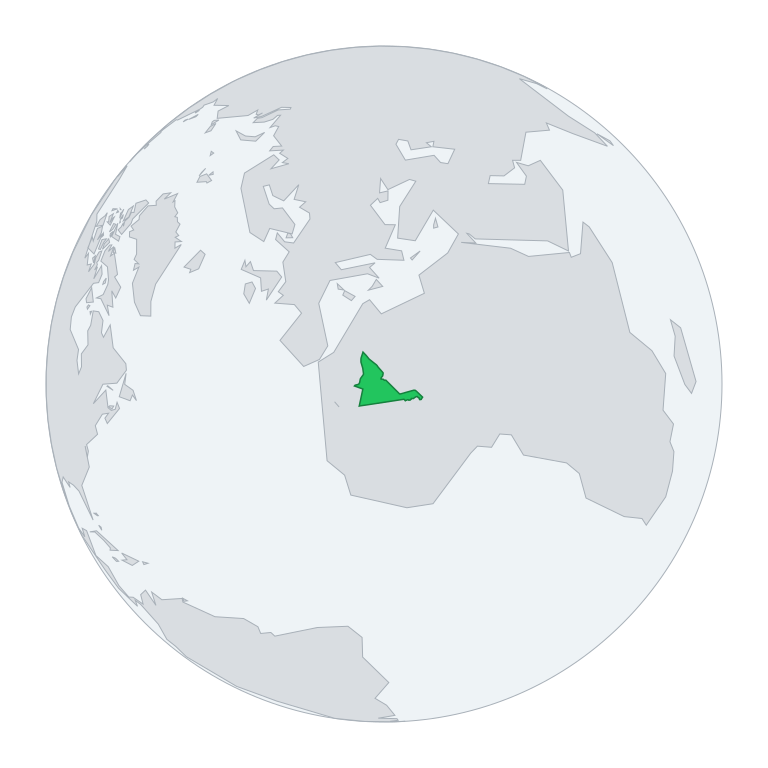 globe centered on Adrar, rotated 315°
{"feature_id": "DZA-2143", "entity_name": "Adrar", "entity_type": "Province", "adm_level": 1, "iso_a3": "DZA", "parent_name": "Algeria", "parent_adm1": "", "projection": "orthographic", "projection_center": [0.561, 25.317], "detail": "medium", "context": "on_globe", "style": "filled", "palette": "green", "viewbox_px": 768, "rotation_deg": 315, "n_neighbors": 0, "source": "natural_earth", "source_scale": "10m", "svg_char_len": 10653}
<svg xmlns="http://www.w3.org/2000/svg" viewBox="0 0 768 768"><g transform="rotate(315 384 384)"><circle cx="384" cy="384" r="338" fill="#eef3f6" stroke="#a8b0b8"/><path d="M232.7,81.9L257.0,71.0L296.1,57.7L296.4,57.6L337.5,49.3L336.2,49.5L337.9,49.3L347.6,48.1L356.7,47.3L342.3,49.0L356.7,48.1L342.0,52.0L301.1,60.9L295.9,65.9L261.4,83.5L267.5,82.6L258.3,90.0L261.9,92.1L254.4,95.7L263.7,94.4L269.8,90.8L275.9,89.2L278.6,90.4L269.6,94.8L266.9,94.9L265.7,96.9L260.0,98.8L264.3,98.5L253.1,104.4L268.0,100.6L262.3,107.0L253.9,110.5L249.8,107.4L220.2,111.2L210.4,115.5L200.6,123.6L192.4,143.6L183.6,150.2L175.2,160.9L182.2,158.0L191.3,148.7L202.4,147.0L212.1,136.9L218.1,135.1L230.1,126.7L233.4,131.2L230.2,140.4L220.4,148.0L218.7,152.6L232.2,148.6L218.1,166.9L215.8,187.1L211.6,192.1L195.7,194.5L185.1,185.4L164.5,192.4L183.0,191.6L172.1,205.6L172.5,209.9L176.1,211.8L182.3,208.2L179.7,214.3L160.4,216.3L162.5,210.8L168.6,209.9L163.5,206.2L150.4,209.3L145.9,217.0L130.9,216.5L127.5,222.4L122.3,226.1L128.8,216.5L116.9,234.3L98.6,242.0L82.1,274.5L92.6,244.1L92.9,236.0L91.8,230.2L88.9,235.2L91.4,222.9L86.8,225.8L75.1,247.8L66.2,270.0L64.4,280.5L68.6,272.6L70.0,277.4L59.0,301.6L59.8,318.2L54.0,339.1L52.9,354.2L55.8,357.4L58.0,369.3L63.0,360.9L69.6,361.1L66.2,379.3L72.6,366.8L74.4,379.5L89.6,392.9L87.6,396.0L99.9,429.0L118.9,450.6L123.2,466.5L120.4,473.2L128.3,479.7L128.5,485.1L164.6,509.0L187.2,529.8L189.3,547.7L175.8,562.0L176.3,598.5L155.4,599.9L158.7,613.0L157.4,626.0L143.6,616.2L156.5,629.8L156.2,631.8L149.7,626.8L156.2,633.5L151.9,629.6L131.9,609.1L113.8,586.9L112.7,585.5L83.8,532.1L77.2,517.7L66.0,493.7L51.4,437.1L51.2,422.4L49.9,411.0L54.6,394.2L56.1,367.7L55.1,361.1L52.5,366.9L51.9,340.7L55.3,318.5L63.4,277.2L71.8,254.6L81.9,232.7L93.4,211.5L106.5,191.2L120.9,171.9L136.7,153.7L153.7,136.7L171.9,120.9L191.2,106.4L211.5,93.4L232.7,81.9ZM152.5,630.2L160.3,637.2L160.4,637.4L152.5,630.2ZM76.9,284.5L78.2,313.8L72.8,307.8L74.6,306.4L75.3,296.5L74.9,284.2L71.4,280.5L76.9,284.5ZM88.0,273.3L87.4,269.7L88.6,272.0L88.0,273.3ZM227.4,124.9L228.7,125.8L225.8,126.9L227.4,124.9ZM231.4,120.7L227.2,121.4L228.4,119.5L231.0,119.1L231.4,120.7ZM236.4,120.5L231.2,116.2L233.6,113.0L245.4,109.2L236.4,120.5ZM367.2,46.5L382.2,46.2L385.4,46.1L385.2,47.0L371.9,46.5L361.2,47.0L367.1,46.5L366.6,46.5L367.2,46.5ZM270.6,89.2L264.2,93.0L267.0,88.9L270.6,89.2ZM270.9,87.0L270.9,78.3L281.7,73.9L279.5,77.3L291.4,71.4L296.6,73.4L291.2,77.1L283.3,79.4L291.3,78.6L270.9,87.0ZM382.6,48.1L384.8,48.5L380.5,48.3L382.6,48.1ZM278.5,88.3L277.6,86.6L286.8,82.5L290.4,85.1L286.3,85.6L278.5,88.3ZM292.0,69.1L299.5,67.0L305.7,67.8L309.5,67.2L297.7,73.1L292.0,69.1ZM285.5,87.1L292.0,86.7L290.1,89.8L280.1,89.7L285.5,87.1ZM287.7,80.5L292.3,78.8L290.9,80.5L287.7,80.5ZM286.9,101.9L285.5,99.4L290.2,96.9L286.9,101.9ZM294.5,86.4L295.2,85.3L296.9,84.2L300.6,84.7L294.5,86.4ZM302.9,73.6L304.0,74.6L308.1,71.2L313.0,72.2L304.2,76.1L310.0,74.9L311.5,75.2L302.7,78.1L302.9,73.6ZM309.5,82.1L300.0,88.3L301.5,93.1L297.3,95.3L295.7,87.2L309.5,82.1ZM306.3,79.4L307.3,81.5L301.6,82.8L297.4,82.3L306.3,79.4ZM319.4,71.7L314.2,69.1L316.3,68.4L319.4,71.7ZM311.1,83.1L313.3,81.7L311.8,83.3L311.1,83.1ZM318.1,74.7L316.0,73.8L318.5,73.0L318.1,74.7ZM319.6,79.8L316.5,81.7L313.6,81.2L319.6,79.8ZM319.8,77.2L323.7,76.4L314.3,79.9L318.5,76.9L319.8,77.2ZM320.8,74.2L321.5,73.4L321.3,74.7L320.8,74.2ZM332.7,80.9L321.6,85.5L315.0,84.3L326.7,79.9L332.7,80.9ZM490.6,63.3L491.9,63.8L495.3,64.9L518.2,73.9L540.5,84.5L561.9,96.7L582.3,110.4L601.7,125.6L619.9,142.1L636.9,159.9L652.6,178.9L666.8,199.0L679.5,220.1L690.7,242.0L700.2,264.8L708.0,288.1L705.1,279.2L708.1,290.8L704.3,279.5L695.6,263.8L697.8,280.5L703.8,325.0L710.6,355.5L710.1,373.9L694.6,340.5L683.4,314.2L680.5,321.5L662.4,306.3L638.8,322.5L633.1,316.7L629.2,323.5L616.0,321.7L606.4,311.7L599.5,316.1L624.7,342.3L631.7,337.7L634.4,321.0L640.3,331.7L652.7,336.4L647.5,373.3L608.5,420.4L600.9,398.5L551.1,345.9L550.4,338.2L550.0,337.4L549.1,336.0L548.6,349.2L538.7,338.4L569.5,377.5L576.4,396.0L608.1,422.1L606.0,426.8L615.1,430.8L639.2,410.2L640.2,418.0L631.2,459.5L594.3,521.4L597.0,549.9L590.6,575.8L562.8,599.8L560.4,617.0L545.4,627.0L541.2,636.8L526.4,649.6L503.4,663.0L469.6,669.3L471.3,661.5L460.1,647.6L446.2,607.5L458.8,585.4L457.3,568.9L432.4,532.9L438.1,510.0L430.5,501.2L415.3,504.8L406.1,494.0L396.5,494.2L334.0,503.3L312.7,487.7L282.0,439.1L291.7,420.6L289.5,398.0L353.0,322.0L370.8,326.1L425.8,312.2L433.4,314.2L431.7,332.5L476.7,348.4L485.7,331.7L521.7,336.4L542.7,330.5L541.8,295.9L507.4,304.8L496.8,290.5L520.6,269.6L549.9,263.1L546.7,257.4L524.2,249.3L526.9,236.3L516.0,245.7L523.4,250.3L516.7,256.8L509.5,253.0L510.8,248.3L500.8,248.0L497.4,272.0L504.6,279.4L480.9,288.8L490.6,302.3L485.6,310.6L467.3,291.0L466.0,282.7L435.4,263.7L434.6,273.0L463.4,292.0L456.2,291.4L455.4,305.7L450.3,294.4L419.0,272.6L394.9,280.8L371.2,317.3L355.7,321.0L339.6,314.8L341.3,279.6L375.8,275.6L376.8,264.5L364.0,249.6L375.5,250.1L374.5,244.0L386.9,242.2L398.7,226.3L410.4,223.5L409.5,205.2L415.4,201.7L414.3,213.2L419.8,220.4L448.3,215.0L452.2,210.4L449.3,199.3L457.5,199.8L451.0,189.9L464.7,182.8L442.6,183.6L438.6,172.2L443.7,162.1L438.4,158.9L430.0,175.6L430.2,182.4L436.7,187.7L433.8,208.2L425.2,212.9L413.2,193.2L399.7,198.3L396.3,182.1L421.2,144.5L434.5,136.2L468.1,144.0L468.3,151.4L456.3,151.9L472.5,161.0L468.7,155.6L475.5,156.5L473.4,147.1L478.2,147.4L468.0,138.3L473.6,137.7L479.9,143.4L481.5,130.4L491.6,127.5L489.7,124.5L484.8,122.1L500.9,120.8L498.7,118.8L492.6,118.3L484.5,114.1L476.3,106.7L482.3,106.6L486.0,109.3L503.0,115.4L512.1,123.4L513.7,122.7L507.2,115.9L486.6,108.2L479.9,103.8L489.8,106.4L485.7,105.1L484.3,102.9L488.5,101.0L477.7,98.0L453.9,78.2L459.7,73.7L471.2,77.4L460.9,66.7L468.3,64.5L462.7,63.8L454.0,59.6L451.5,60.1L448.2,59.5L424.7,51.4L423.9,50.2L407.4,47.9L404.5,47.8L404.2,48.4L385.2,47.0L385.4,46.1L391.2,46.2L416.4,47.6L441.5,51.0L466.3,56.3L490.6,63.3ZM336.5,361.6L336.0,368.5L336.5,361.6ZM585.0,273.4L600.0,268.0L586.3,250.8L590.9,247.7L584.6,243.4L585.2,249.7L568.7,237.5L572.7,229.0L567.3,221.3L562.0,222.9L557.4,240.8L581.1,257.7L580.6,267.4L585.0,273.4ZM90.2,393.1L91.7,398.3L88.9,396.2L90.2,393.1ZM69.6,314.0L71.0,317.4L71.0,321.7L69.4,320.3L69.6,314.0ZM87.6,339.0L90.4,343.9L86.5,341.9L87.6,339.0ZM79.0,318.0L85.3,335.9L77.7,334.3L74.2,323.3L78.0,326.5L79.0,318.0ZM82.4,282.1L82.7,285.2L81.0,287.9L82.4,282.1ZM88.9,275.1L88.4,274.7L89.2,271.1L88.9,275.1ZM173.3,205.4L174.7,205.5L177.3,208.5L173.9,209.3L173.3,205.4ZM202.1,211.0L197.2,220.7L198.3,213.9L192.6,216.3L187.8,205.8L209.2,194.1L200.4,200.9L202.1,211.0ZM187.4,189.8L188.0,197.0L186.5,189.7L187.4,189.8ZM356.7,215.2L362.8,218.5L360.7,225.6L345.8,231.7L348.6,221.1L356.7,215.2ZM371.8,221.7L364.1,202.0L373.1,198.2L369.3,203.5L376.1,203.0L371.9,211.5L388.0,228.4L387.3,236.0L360.1,241.5L369.4,235.1L362.9,231.8L371.8,221.7ZM328.5,166.3L325.3,159.9L348.9,159.7L349.2,165.8L334.4,171.5L325.3,167.8L328.5,166.3ZM258.4,115.5L255.6,114.7L258.1,113.3L262.5,112.7L258.4,115.5ZM285.8,100.9L273.0,118.1L269.2,117.8L266.3,129.4L255.1,133.5L257.4,125.6L246.6,138.0L244.1,132.6L237.9,141.3L244.1,123.5L241.5,119.8L248.7,122.2L259.1,118.3L262.8,115.6L271.3,105.6L270.7,96.9L280.9,92.5L288.3,91.8L289.9,93.2L282.8,95.4L290.2,95.8L281.1,100.1L285.8,100.9ZM368.4,98.0L359.4,97.9L372.7,103.4L363.7,106.1L365.8,106.6L361.2,110.8L359.2,117.1L354.4,117.8L355.7,120.0L352.7,123.2L352.8,126.7L344.3,129.3L343.8,133.9L340.1,132.6L341.5,140.0L336.7,135.8L332.2,140.1L339.3,142.0L293.1,151.9L277.5,160.8L267.1,171.1L260.1,163.5L265.4,149.7L277.3,134.9L293.3,128.0L287.3,126.4L293.2,122.8L295.5,125.6L295.4,119.2L300.9,117.2L311.4,106.8L308.0,100.0L311.8,96.4L315.9,98.1L316.8,93.5L327.1,94.5L330.0,92.1L343.1,91.2L349.3,96.6L352.1,93.6L362.2,93.4L368.4,98.0ZM336.4,80.8L345.8,85.5L345.6,89.6L322.9,89.6L318.8,91.6L304.2,92.7L305.0,87.0L309.0,87.1L313.2,85.9L311.3,88.2L315.9,85.6L321.7,85.8L326.8,84.0L328.5,85.9L336.4,80.8ZM439.3,306.6L444.7,306.6L452.5,304.6L452.1,314.1L439.3,306.6ZM417.7,292.0L422.2,290.2L425.5,301.6L419.9,302.0L417.7,292.0ZM421.9,280.0L422.2,289.3L418.7,284.5L421.9,280.0ZM418.1,211.4L422.6,209.3L424.1,211.7L422.9,216.0L418.1,211.4ZM406.0,118.2L400.9,116.7L401.5,115.3L394.4,109.1L400.5,107.1L407.2,110.0L406.0,118.2ZM537.6,303.2L533.2,311.1L529.3,308.9L531.6,306.6L537.6,303.2ZM491.8,313.6L503.6,315.5L491.6,316.2L491.8,313.6ZM411.4,115.0L407.8,112.5L413.1,113.1L411.4,115.0ZM404.6,105.4L410.4,105.4L400.4,106.1L404.6,105.4ZM633.5,554.0L606.4,602.9L594.8,608.1L596.4,597.1L608.9,569.3L623.7,556.1L632.0,541.1L633.5,554.0ZM711.5,357.6L715.7,371.8L714.8,377.7L711.5,357.6ZM458.4,100.4L461.4,110.7L467.7,118.1L477.5,121.7L465.0,121.6L455.3,110.1L458.4,100.4ZM453.9,80.6L445.2,78.5L447.9,77.2L450.3,77.5L453.9,80.6ZM449.4,80.9L440.7,82.6L435.2,80.0L443.1,79.1L449.4,80.9ZM426.4,97.3L426.9,100.3L422.6,99.6L426.4,97.3ZM387.5,48.2L385.0,48.5L385.1,48.0L387.5,48.2ZM447.1,60.0L442.5,59.1L442.7,58.2L447.1,60.0ZM429.9,56.7L432.9,58.2L427.3,56.6L429.9,56.7ZM440.0,62.0L432.9,58.8L443.3,62.0L440.0,62.0Z" fill="#d9dde1" stroke="#a8b0b8" stroke-width="1"/><path d="M356.9,386.5L351.7,382.6L350.9,382.1L365.5,372.6L361.7,364.5L362.7,364.4L363.6,364.9L364.2,365.3L365.4,366.0L366.5,366.2L367.8,365.7L368.5,365.3L370.2,364.1L370.8,363.7L371.4,363.5L376.2,362.7L376.8,362.2L380.1,357.9L383.2,352.2L385.0,350.4L385.4,350.0L386.4,349.3L391.7,346.6L391.6,351.3L391.1,355.8L391.8,362.0L392.2,365.2L392.1,366.4L391.8,367.7L391.3,375.2L391.2,375.5L390.3,376.4L389.6,376.5L389.3,377.0L389.1,377.2L388.9,377.3L388.4,377.4L387.7,377.4L387.4,377.5L387.1,377.5L386.7,377.5L386.2,377.8L385.8,378.0L385.6,378.1L385.5,378.3L385.4,378.4L385.4,378.5L385.5,378.5L385.9,379.0L386.8,380.1L386.9,380.4L386.9,380.9L386.8,381.5L387.0,381.8L387.9,382.5L388.0,382.6L388.0,402.0L388.4,402.5L400.6,409.4L401.2,410.0L401.6,410.5L401.8,411.9L402.0,420.6L400.0,421.0L399.6,421.2L399.3,421.1L399.2,421.1L398.8,420.7L398.5,420.6L398.3,420.4L398.2,420.3L398.2,420.1L398.4,419.7L398.5,419.6L398.6,419.2L399.0,418.9L399.0,418.6L398.8,418.3L398.8,418.1L398.7,418.0L398.7,417.8L398.6,417.6L398.7,416.4L398.6,416.2L398.2,416.1L397.9,415.8L397.2,415.5L395.7,415.2L395.4,415.2L394.8,415.1L394.7,415.1L394.4,415.0L394.2,414.9L393.9,414.4L393.7,414.2L393.1,413.6L392.9,413.6L392.7,413.7L392.5,413.9L392.4,414.0L391.9,413.9L391.7,413.8L391.4,413.9L391.2,413.6L390.8,413.6L390.7,413.5L390.1,413.0L390.0,412.9L390.0,412.4L390.0,412.2L389.9,412.1L389.5,411.8L389.3,411.7L389.1,411.6L388.4,411.4L388.1,411.1L387.9,411.0L387.5,411.0L387.3,411.0L387.2,410.9L387.2,410.6L387.3,410.1L387.4,409.5L387.4,409.3L387.3,409.0L387.2,408.8L356.9,386.5Z" fill="#22c55e" stroke="#15803d" stroke-width="1.5"/></g></svg>